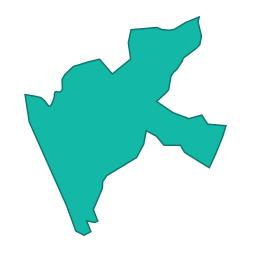 SVG path tracing the border of Keguma, rotated 82°
{"feature_id": "LVA-5766", "entity_name": "Keguma", "entity_type": "Municipality", "adm_level": 1, "iso_a3": "LVA", "parent_name": "Latvia", "parent_adm1": "", "projection": "albers", "projection_center": [24.743, 56.689], "detail": "fine", "context": "isolated", "style": "filled", "palette": "teal", "viewbox_px": 256, "rotation_deg": 82, "n_neighbors": 0, "source": "natural_earth", "source_scale": "10m", "svg_char_len": 1021}
<svg xmlns="http://www.w3.org/2000/svg" viewBox="0 0 256 256"><g transform="rotate(82 128 128)"><path d="M31.1,111.3L32.5,85.3L35.3,80.7L37.0,73.3L36.8,68.5L31.7,56.6L27.9,42.0L32.6,43.9L47.4,42.5L55.4,45.3L58.5,49.2L66.6,63.7L69.2,64.8L76.7,71.5L79.3,75.3L82.3,78.1L88.7,80.2L95.7,82.4L98.1,85.0L105.7,96.1L119.0,81.4L127.2,66.5L125.5,53.1L135.3,48.6L139.4,30.7L149.2,35.2L164.7,44.1L178.6,53.0L171.3,62.0L159.9,75.4L152.5,78.4L150.1,94.8L140.3,100.8L133.2,110.3L139.9,112.6L146.0,114.6L152.6,119.4L158.4,123.6L162.1,132.2L172.1,155.5L177.4,160.5L184.2,161.8L191.2,166.0L197.9,170.0L204.0,173.7L216.0,170.9L216.9,173.9L214.3,181.9L225.4,179.2L228.1,186.4L222.7,194.0L195.7,199.7L188.7,201.8L108.5,224.9L80.6,225.3L83.3,216.4L85.9,209.8L89.6,206.7L95.5,203.4L95.4,201.7L93.2,199.8L86.8,196.5L84.0,196.1L82.3,195.3L81.9,193.9L82.8,191.6L82.7,189.6L80.6,187.6L70.7,186.5L66.0,182.7L59.5,173.6L57.1,158.6L55.9,146.6L72.3,136.0L60.1,115.8L43.6,115.8L31.1,111.3Z" fill="#14b8a6" stroke="#0f766e" stroke-width="1.5"/></g></svg>